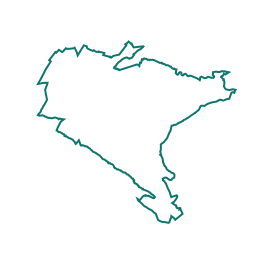 outline of Acatzingo, Puebla, Mexico, rotated 102°
{"feature_id": "50627088B6514747486487", "entity_name": "Acatzingo", "entity_type": "district", "adm_level": 2, "iso_a3": "MEX", "parent_name": "Mexico", "parent_adm1": "Puebla", "projection": "albers", "projection_center": [-97.761, 19.03], "detail": "fine", "context": "isolated", "style": "outline", "palette": "teal", "viewbox_px": 256, "rotation_deg": 102, "n_neighbors": 0, "source": "geoboundaries", "source_scale": "gbopen_adm2", "svg_char_len": 5695}
<svg xmlns="http://www.w3.org/2000/svg" viewBox="0 0 256 256"><g transform="rotate(102 128 128)"><path d="M207.9,62.7L200.6,56.8L196.9,59.5L196.9,59.8L196.2,60.0L196.9,60.8L195.6,60.9L196.2,63.3L195.0,64.5L194.3,64.4L193.6,65.0L193.6,65.8L193.1,67.4L192.7,67.9L192.2,69.2L190.7,67.7L188.7,66.7L186.3,65.8L184.7,65.5L184.0,65.9L183.7,66.4L186.6,71.4L182.0,73.9L178.6,76.6L174.2,79.5L174.0,80.0L172.6,81.3L171.9,82.9L171.5,82.9L170.4,83.5L169.0,81.8L168.6,80.9L168.7,79.6L170.0,76.9L170.1,76.0L169.6,74.6L169.2,74.6L167.7,73.6L167.0,72.5L164.4,72.7L163.0,73.8L162.5,76.7L161.7,77.9L161.7,79.0L160.8,80.3L160.4,81.4L159.6,82.1L158.7,82.4L158.0,83.5L157.6,83.8L157.6,84.2L156.9,84.7L156.5,85.2L155.6,85.5L155.0,86.1L154.4,86.4L154.1,86.8L153.0,86.8L152.5,87.2L150.5,87.9L148.9,89.3L148.5,89.4L148.2,89.9L147.7,89.9L147.7,90.8L147.6,91.0L146.6,90.5L144.2,91.6L142.6,91.3L137.2,92.5L134.4,90.1L130.0,87.7L124.0,86.6L123.5,86.3L122.6,86.3L122.2,85.9L116.7,85.8L116.0,84.3L115.3,83.4L115.2,82.7L114.9,82.0L113.8,80.7L112.3,79.4L112.1,78.7L111.4,78.0L110.6,76.8L109.8,76.2L109.6,75.6L108.4,75.0L107.7,73.7L106.3,72.4L105.6,71.5L103.3,69.4L103.0,69.2L100.8,67.0L99.9,66.3L99.4,65.7L99.3,65.3L98.2,64.7L96.9,63.6L95.1,62.3L92.5,61.8L91.7,61.6L91.3,61.2L90.8,60.5L90.5,57.8L88.3,55.6L87.4,54.5L85.5,51.2L83.9,47.2L81.2,44.0L81.1,42.6L81.4,41.0L81.2,40.1L79.2,37.3L78.3,35.0L72.3,34.2L71.4,33.5L71.2,32.8L71.5,31.3L69.4,31.2L68.3,30.8L68.3,33.5L69.8,36.8L69.8,40.4L68.5,41.9L67.3,42.8L63.6,43.1L61.6,43.9L61.4,44.7L60.4,44.5L60.1,45.6L58.7,47.7L57.9,47.3L57.3,46.1L54.9,45.5L55.4,43.8L52.5,40.9L52.4,42.4L52.7,43.3L52.4,45.3L52.9,46.8L52.8,47.8L54.2,50.1L54.5,51.8L54.6,53.8L55.7,56.4L57.3,56.1L58.6,56.1L59.6,54.5L60.5,54.5L61.2,54.9L61.6,57.8L61.2,59.3L61.3,60.3L61.7,60.9L62.7,61.7L63.4,63.6L62.5,66.8L62.6,67.1L63.2,67.8L63.6,67.9L65.4,67.5L66.3,67.7L65.6,68.8L65.6,69.7L65.2,70.3L64.9,71.6L63.8,77.6L64.0,78.3L64.7,79.5L64.8,80.4L64.5,80.9L63.3,82.4L63.1,83.2L63.4,84.1L64.8,84.8L65.1,85.2L65.2,85.9L65.1,86.4L64.6,86.9L63.4,87.1L62.9,87.4L62.5,88.1L62.6,88.8L63.0,89.3L65.2,90.0L65.5,90.4L65.5,91.1L64.4,92.7L60.7,92.8L60.9,94.1L60.3,94.9L60.8,95.3L60.5,96.8L60.3,96.9L60.2,97.8L59.0,99.0L59.1,99.9L58.5,101.1L58.4,101.8L58.4,102.6L58.7,103.9L58.6,104.3L57.9,105.3L58.0,106.9L57.5,107.8L57.7,108.4L57.2,108.7L57.7,110.6L57.6,111.1L57.2,111.8L56.9,113.9L56.2,116.1L56.2,118.7L56.6,119.5L56.7,120.5L57.1,121.0L56.8,121.6L57.3,123.1L56.5,124.3L56.8,125.5L56.6,126.2L56.9,126.4L56.9,127.2L57.1,127.4L58.2,127.7L58.0,128.7L61.4,128.7L61.5,129.8L65.0,129.8L64.1,131.3L64.0,131.9L64.1,132.6L73.2,148.5L73.0,149.5L72.6,149.4L72.1,151.4L72.8,151.8L72.3,153.9L71.2,153.6L72.0,154.6L69.7,152.8L69.3,152.5L68.2,152.4L65.7,150.9L63.2,148.6L62.5,148.5L62.2,148.0L60.2,145.9L59.9,145.1L59.3,144.2L59.3,143.5L60.0,141.2L59.9,140.8L59.2,140.5L59.1,139.5L58.4,138.7L55.6,137.4L55.2,138.0L54.9,138.1L54.4,137.8L53.6,136.7L50.1,134.5L49.6,133.7L48.8,133.0L48.7,132.5L47.6,131.4L46.9,131.1L46.3,130.5L45.1,129.8L44.9,130.1L48.0,139.3L45.7,141.2L45.8,141.2L43.3,145.4L45.1,146.4L45.0,146.5L46.7,148.1L47.6,146.9L58.0,151.8L60.5,157.3L62.5,158.8L61.9,160.1L62.6,160.3L62.2,161.4L61.8,167.3L60.5,166.8L59.6,166.7L59.4,172.6L59.8,172.7L59.8,173.9L60.2,174.6L59.3,177.4L59.1,177.6L59.9,178.5L59.2,182.2L58.6,184.2L58.1,184.7L56.6,185.4L56.4,188.4L67.5,192.3L64.8,193.7L60.6,196.9L61.4,197.9L62.8,202.0L63.4,205.0L63.0,205.4L66.7,207.5L67.4,208.3L65.9,211.8L69.3,213.9L68.8,214.8L78.1,219.2L78.9,217.4L87.6,220.6L98.3,223.5L103.6,225.2L102.7,222.8L101.7,221.0L100.5,216.1L101.7,216.1L108.0,217.0L117.2,213.1L122.3,214.5L124.8,215.6L125.9,215.7L128.0,216.6L130.2,216.8L132.5,218.1L134.2,218.8L134.4,217.7L133.7,215.0L133.3,214.4L133.7,212.0L134.1,211.6L134.1,210.1L134.6,209.0L134.8,208.0L134.3,207.0L134.5,204.9L133.1,202.0L132.9,201.0L133.3,198.1L133.8,197.7L132.9,196.5L133.1,195.6L132.9,192.6L135.9,195.1L142.4,196.9L145.3,197.3L145.4,196.4L145.9,195.9L146.4,195.0L146.2,194.4L146.2,193.8L146.7,191.8L147.5,190.1L147.5,189.1L148.4,188.7L148.6,188.4L148.5,187.9L149.1,188.1L149.2,185.9L149.4,185.2L150.1,184.1L150.2,182.3L151.0,179.4L151.7,178.8L153.0,176.9L153.9,176.4L154.5,175.7L150.2,173.5L154.7,170.7L154.5,170.0L154.8,169.8L154.4,169.2L154.3,168.8L154.4,167.6L154.8,166.3L154.6,166.1L154.9,165.1L154.6,164.4L154.9,163.5L155.7,162.5L155.9,161.1L157.0,159.8L157.2,159.0L157.7,158.3L158.4,157.6L159.1,154.2L159.7,153.3L159.7,152.7L160.5,151.2L160.5,150.8L160.9,149.8L163.7,146.1L163.7,144.6L164.5,142.6L164.9,142.3L165.1,141.0L165.6,140.2L166.1,140.3L166.5,139.7L166.6,139.2L166.4,138.4L166.1,138.2L166.8,137.0L166.8,135.8L167.0,135.1L168.6,133.6L169.3,133.4L169.6,132.6L170.0,132.5L170.3,130.7L170.7,130.1L170.8,129.6L170.5,128.8L171.0,127.6L171.0,126.5L171.1,125.9L171.6,125.7L171.9,124.2L172.4,123.7L172.5,123.4L172.3,122.4L172.2,121.4L172.4,120.9L173.0,120.4L173.2,119.6L173.7,119.1L173.6,117.8L174.3,117.2L175.3,115.0L176.0,114.5L176.6,113.2L177.0,112.8L176.7,112.5L177.5,112.0L177.6,111.2L178.3,111.0L179.1,111.3L179.8,110.3L180.3,110.4L180.7,110.0L180.9,107.9L181.4,107.5L182.3,105.6L183.2,105.6L183.5,105.3L183.6,103.7L184.5,101.1L184.8,101.0L184.5,100.6L184.8,100.4L185.2,99.3L185.4,97.2L186.2,94.1L186.4,93.9L186.7,92.8L187.6,91.7L188.3,89.6L189.9,87.3L190.9,87.7L191.2,88.1L191.4,88.7L190.1,93.8L190.4,94.0L190.4,95.0L190.0,96.7L190.1,97.0L190.7,97.0L190.7,97.3L191.0,98.5L191.7,99.1L196.3,101.6L195.4,103.9L196.6,103.1L197.1,102.4L197.8,101.2L198.0,100.5L201.0,95.8L201.7,93.3L202.3,92.2L202.8,90.8L203.6,87.7L205.4,84.9L206.0,83.0L211.6,79.5L212.3,77.6L212.7,75.1L212.4,71.8L212.3,68.5L211.5,67.9L209.4,67.8L206.6,67.1L205.2,67.3L206.4,64.6L207.9,62.7Z" fill="none" stroke="#0f766e" stroke-width="2"/></g></svg>